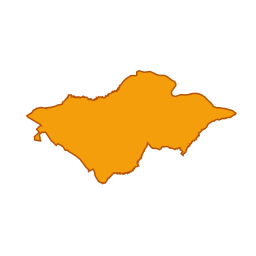 the district of Federación, Entre Ríos, Argentina, rotated 284°
{"feature_id": "61730980B83498212495983", "entity_name": "Federación", "entity_type": "district", "adm_level": 2, "iso_a3": "ARG", "parent_name": "Argentina", "parent_adm1": "Entre Ríos", "projection": "equal_earth", "projection_center": [-58.107, -30.745], "detail": "fine", "context": "isolated", "style": "filled", "palette": "amber", "viewbox_px": 256, "rotation_deg": 284, "n_neighbors": 0, "source": "geoboundaries", "source_scale": "gbopen_adm2", "svg_char_len": 5822}
<svg xmlns="http://www.w3.org/2000/svg" viewBox="0 0 256 256"><g transform="rotate(284 128 128)"><path d="M168.5,229.1L168.9,227.6L169.9,225.7L170.2,224.0L170.3,216.9L169.9,214.7L169.8,211.7L169.1,209.0L169.3,207.1L169.7,205.5L172.2,202.6L174.1,198.9L176.7,194.9L177.8,191.7L178.2,189.1L178.1,185.9L177.4,183.3L176.4,180.9L174.7,178.0L173.8,175.0L173.4,172.6L172.9,170.8L170.3,166.9L170.0,164.2L170.6,163.0L171.1,162.4L172.3,161.7L173.1,161.5L174.7,161.6L180.7,164.1L182.6,163.6L183.7,162.6L184.3,161.6L185.3,158.0L186.6,155.2L187.4,152.8L187.8,150.4L186.7,146.2L186.7,144.1L186.9,142.0L187.3,140.8L188.1,135.9L186.0,130.1L186.1,126.1L186.3,125.0L184.4,122.9L182.0,123.6L181.0,123.4L180.6,122.7L179.8,119.1L179.3,117.8L178.1,117.1L176.6,115.3L173.1,112.7L167.4,110.3L167.4,109.7L166.9,109.5L165.7,109.9L165.1,109.8L164.8,109.5L164.8,108.9L164.0,108.5L163.6,108.7L163.3,109.5L162.7,108.9L162.5,108.2L162.1,108.4L161.4,108.0L160.8,108.1L160.7,107.1L161.1,107.0L160.8,106.1L160.1,105.9L159.2,105.1L160.0,104.5L159.5,104.0L158.8,104.0L158.5,103.5L157.5,103.0L156.8,102.1L156.8,101.8L156.3,101.0L155.9,100.9L156.0,100.7L155.6,100.4L155.0,101.0L154.6,101.0L154.5,100.4L153.7,99.6L153.8,99.2L153.2,98.6L153.4,98.4L152.8,98.4L152.6,98.6L151.7,98.0L151.6,96.1L152.2,95.7L151.5,94.8L151.2,94.8L151.5,93.9L151.0,92.9L151.1,92.1L151.2,91.9L150.4,91.3L150.2,90.8L149.7,90.6L150.1,90.3L150.0,90.1L149.7,90.4L149.3,90.4L149.4,90.7L149.1,90.8L149.0,90.6L148.9,91.0L148.7,90.6L149.0,90.1L148.0,90.0L148.0,89.6L147.4,89.1L147.7,89.1L147.8,88.4L146.3,87.1L146.6,86.1L146.4,85.9L146.6,85.4L147.2,85.3L147.2,84.5L146.9,83.9L146.3,83.9L146.1,83.6L146.2,83.0L146.2,82.8L146.8,82.9L146.8,82.2L147.1,81.5L147.8,80.7L147.6,79.7L147.4,79.4L147.5,78.8L147.1,78.3L147.2,78.0L147.6,78.3L148.0,77.2L147.8,76.5L147.5,76.4L147.2,76.7L146.8,75.9L146.5,74.8L146.2,74.8L145.5,74.1L145.9,73.4L146.2,73.3L146.3,72.8L146.0,72.2L145.8,71.4L145.1,71.3L145.0,70.8L145.1,70.4L145.5,70.1L145.4,69.5L145.1,69.5L144.9,68.8L144.7,68.8L144.9,68.0L145.7,68.2L145.9,67.7L145.7,67.0L145.3,67.1L145.2,66.6L144.9,66.2L145.5,66.4L145.5,64.8L146.3,64.7L146.1,64.3L145.9,64.3L145.8,62.5L144.4,62.1L144.0,62.3L143.5,62.0L143.3,62.2L143.0,62.2L142.8,61.9L142.4,61.9L142.1,61.2L141.7,61.3L140.5,60.5L139.0,59.9L137.3,58.4L136.7,58.2L135.6,58.6L135.1,58.5L134.9,57.7L134.3,56.9L134.4,56.7L133.7,56.0L133.7,55.3L133.2,54.2L131.5,52.2L129.9,49.2L129.5,49.0L129.3,47.6L128.8,46.8L128.7,45.8L127.9,44.8L128.0,44.2L127.2,43.9L127.5,43.3L127.0,42.9L127.2,41.3L126.8,39.9L127.0,38.8L126.5,37.7L125.9,36.9L125.7,36.1L125.1,35.4L124.8,34.2L123.8,34.0L123.2,32.9L122.6,32.5L122.4,31.9L120.4,31.4L119.6,30.8L119.0,30.7L118.3,29.6L117.8,29.5L117.3,28.5L115.3,26.9L114.2,28.6L110.5,41.3L110.1,42.2L109.4,43.1L109.3,42.5L104.7,39.6L102.4,42.8L96.8,39.3L96.6,39.7L93.9,40.2L94.2,46.3L94.6,46.3L96.3,45.0L97.0,45.1L98.8,44.1L100.1,43.8L101.1,44.0L101.8,44.5L102.2,45.1L103.1,45.3L103.1,47.0L104.1,48.9L96.7,57.1L96.3,58.5L93.7,62.5L95.7,63.6L95.4,65.6L94.1,69.7L91.3,72.4L91.8,74.4L91.0,75.9L88.8,82.9L86.4,88.6L83.2,92.7L79.5,97.0L78.4,99.5L76.3,100.2L79.6,103.9L77.9,105.8L73.7,107.7L69.2,112.2L68.7,113.7L68.5,113.8L68.6,114.5L68.3,116.0L67.9,116.9L68.9,117.6L68.8,118.6L69.2,119.1L71.7,120.2L72.3,120.2L72.4,120.4L73.6,120.5L74.1,121.1L74.4,121.1L74.5,121.5L75.0,121.5L75.2,122.0L76.3,122.1L76.7,122.8L77.3,122.9L78.2,123.7L79.2,123.9L80.4,125.1L80.6,125.1L80.9,125.7L81.1,125.6L81.1,126.2L81.4,127.4L81.3,127.8L81.5,127.9L81.2,128.3L81.7,128.3L81.9,128.7L81.8,129.3L81.4,129.4L81.6,129.7L81.6,130.4L82.3,130.6L82.0,131.3L82.3,131.4L82.3,131.7L81.7,131.8L82.3,132.5L82.3,133.2L82.1,133.6L82.4,133.9L82.2,134.5L82.6,134.6L82.6,135.3L82.9,135.3L82.9,135.6L83.4,135.4L83.4,136.2L83.8,136.4L83.6,136.7L83.9,137.2L84.3,137.2L84.5,137.8L84.2,138.1L84.9,138.8L84.2,139.0L84.8,139.4L84.9,140.0L85.5,139.9L86.1,140.8L86.1,141.2L86.4,141.1L86.3,141.5L86.8,141.7L87.3,142.4L87.6,142.5L87.8,143.1L88.4,143.1L88.8,142.8L88.9,143.3L89.5,143.6L90.1,143.5L90.4,143.6L90.3,144.0L90.8,143.9L92.3,144.6L92.5,145.4L92.9,146.2L93.7,146.5L93.8,147.4L94.8,146.6L95.3,146.6L95.9,145.6L96.5,145.5L96.9,145.0L96.8,144.7L97.4,146.0L97.8,145.4L98.2,145.7L98.7,145.6L98.8,146.2L99.2,146.0L99.7,146.4L99.7,146.7L100.3,146.8L100.9,147.2L101.4,148.0L101.7,147.7L101.8,148.0L102.3,147.8L102.9,148.2L103.2,147.9L103.5,148.2L104.5,147.9L104.9,148.1L105.4,147.9L105.9,148.4L107.3,148.3L107.9,148.7L109.1,148.7L109.7,149.4L110.3,149.1L110.5,149.3L111.1,149.2L111.8,149.6L112.0,149.5L112.8,149.8L113.4,150.2L114.0,150.1L114.5,150.6L115.9,150.7L118.3,150.6L114.9,155.3L114.3,156.6L115.1,161.1L114.6,163.8L115.8,165.0L118.2,165.6L118.3,167.3L119.4,170.0L119.4,172.0L118.6,173.0L119.1,176.0L118.5,178.9L119.5,179.5L119.6,181.0L120.8,181.6L120.7,181.9L121.4,183.2L119.5,183.9L119.3,185.5L118.3,186.6L115.9,185.7L114.8,188.1L116.5,188.0L116.9,188.3L117.1,188.9L117.7,189.3L118.1,189.2L118.3,189.6L118.8,189.9L120.0,189.7L120.5,190.0L120.8,189.8L121.2,190.2L121.8,189.9L122.4,190.1L123.0,190.1L123.5,190.6L124.1,190.5L124.3,190.8L124.6,190.6L124.9,191.2L125.3,191.4L125.2,191.8L125.6,192.2L126.3,192.1L127.3,191.6L127.5,192.5L127.8,192.6L128.3,193.2L129.3,193.1L129.4,193.3L130.1,193.3L130.4,193.8L131.0,193.8L131.6,195.4L132.4,195.6L133.0,196.6L133.5,196.6L133.9,197.2L134.8,196.7L135.6,197.1L136.2,197.8L137.7,197.9L137.5,198.6L137.6,198.8L138.4,198.8L138.4,198.2L138.6,198.0L139.8,198.2L140.6,197.9L141.1,198.8L143.3,200.3L144.3,200.0L144.3,200.5L145.0,201.8L145.7,202.1L145.7,202.5L146.2,203.0L148.8,204.4L150.4,204.4L152.6,205.8L153.1,206.6L154.6,207.8L155.2,208.7L155.5,209.9L157.1,211.1L158.1,212.8L157.8,214.2L159.2,216.3L160.3,217.4L160.2,218.9L160.8,219.5L161.0,220.4L161.4,221.2L162.3,221.8L162.7,224.1L163.7,225.4L166.0,227.1L166.4,227.9L167.2,229.0L168.5,229.1Z" fill="#f59e0b" stroke="#b45309" stroke-width="1.5"/></g></svg>